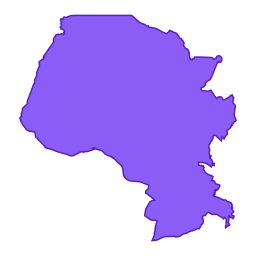 outline of North Tongu, Volta, Ghana
{"feature_id": "2480657B35012095074914", "entity_name": "North Tongu", "entity_type": "district", "adm_level": 2, "iso_a3": "GHA", "parent_name": "Ghana", "parent_adm1": "Volta", "projection": "robinson", "projection_center": [0.298, 6.144], "detail": "fine", "context": "isolated", "style": "filled", "palette": "violet", "viewbox_px": 256, "rotation_deg": 0, "n_neighbors": 0, "source": "geoboundaries", "source_scale": "gbopen_adm2", "svg_char_len": 5816}
<svg xmlns="http://www.w3.org/2000/svg" viewBox="0 0 256 256"><path d="M152.1,240.6L156.7,240.1L163.8,236.8L174.4,236.2L175.1,236.8L176.1,236.9L178.6,236.6L180.5,235.8L183.0,234.1L187.3,232.9L189.8,231.4L192.5,230.8L193.2,230.2L194.2,230.2L196.9,228.8L199.3,228.7L201.6,224.4L202.9,223.6L202.8,222.6L203.3,221.8L203.2,221.3L203.4,220.9L202.9,219.3L203.0,219.0L202.5,218.9L202.4,218.4L202.9,216.3L203.2,216.1L203.2,215.8L203.9,215.4L204.2,215.5L204.8,215.0L205.2,215.5L205.5,215.4L206.2,214.1L206.8,213.5L207.0,212.8L207.6,212.4L208.4,212.6L209.4,212.4L210.3,213.6L211.4,213.6L212.0,214.4L216.7,214.3L221.4,217.1L221.8,217.6L222.4,217.6L223.6,218.9L224.6,217.6L225.2,217.8L226.0,218.6L226.4,219.4L226.0,221.9L226.2,224.4L225.4,227.3L225.7,227.8L227.5,226.2L229.5,225.4L229.7,224.5L228.7,223.6L228.3,222.7L228.9,219.1L228.6,216.4L228.7,216.1L229.1,215.9L230.5,217.3L231.2,217.4L233.2,218.6L234.0,216.8L233.9,216.0L231.7,214.9L231.6,213.7L231.9,213.3L233.5,212.2L233.7,211.4L232.7,210.5L231.6,208.3L231.7,207.9L232.5,207.8L231.8,207.2L232.0,206.2L232.4,205.6L231.3,203.1L230.4,202.8L230.4,202.5L229.9,202.4L229.4,202.0L228.1,201.5L227.5,201.7L225.5,199.9L223.6,200.0L222.0,199.3L221.2,199.2L220.9,198.7L218.4,197.5L216.3,197.0L215.8,196.4L215.1,196.5L214.7,196.8L213.5,196.2L213.3,195.7L213.5,195.0L214.2,194.7L214.3,195.1L215.1,193.9L214.8,193.2L214.1,193.1L215.2,192.2L214.6,190.9L214.8,190.6L215.4,190.9L215.5,189.9L215.8,189.8L216.6,190.4L217.1,190.0L217.3,189.3L217.8,189.4L218.2,189.1L219.7,186.6L219.6,184.9L216.8,184.2L215.1,183.2L214.5,181.3L213.3,180.7L212.0,180.8L211.4,181.1L213.0,176.7L212.1,176.3L211.8,175.5L210.7,175.5L207.8,174.3L205.4,172.6L204.3,170.6L203.2,169.3L204.0,167.5L203.2,166.9L203.3,166.0L202.8,166.1L201.9,165.6L201.9,165.8L199.5,165.3L198.7,165.3L198.5,162.2L202.6,162.5L205.4,163.1L208.6,164.8L211.3,166.9L211.6,165.8L212.7,165.2L214.2,165.6L214.0,164.4L214.3,163.3L213.7,163.2L213.1,163.8L212.4,163.8L212.1,163.3L212.4,161.5L211.6,159.5L210.2,158.2L210.1,157.8L210.9,156.5L211.0,155.9L210.8,155.5L210.4,155.6L209.7,156.4L209.7,155.1L209.0,152.5L209.1,151.9L209.6,150.9L209.7,149.5L208.9,147.5L209.1,144.7L210.2,143.4L210.9,141.5L211.7,140.7L212.4,139.5L212.3,139.0L212.8,138.7L212.7,138.0L212.9,137.3L213.2,137.1L213.1,136.0L213.7,135.9L214.7,135.0L215.5,135.4L221.3,140.8L221.4,139.6L222.1,136.6L224.0,139.0L226.0,135.5L227.1,134.6L227.5,133.3L227.1,131.6L226.7,131.0L230.8,127.4L231.5,125.4L231.8,125.4L231.5,125.1L231.8,124.6L232.3,124.4L232.3,124.0L232.6,124.1L233.5,123.4L234.2,121.9L235.2,121.5L236.1,120.3L234.8,117.0L234.3,115.2L234.3,113.7L235.3,105.8L234.9,104.7L234.1,104.2L233.1,102.9L232.7,101.4L233.4,99.9L233.7,97.6L232.7,96.3L232.2,94.9L230.9,95.3L229.4,96.8L224.1,100.1L223.1,99.8L222.5,98.6L221.4,97.2L219.8,96.7L217.8,97.2L216.6,98.5L214.5,95.9L211.0,90.2L208.1,91.3L204.2,90.8L203.1,91.1L201.8,90.6L201.1,89.3L201.2,88.4L201.6,87.6L202.8,87.1L203.6,87.0L204.4,85.6L205.1,85.2L205.6,84.2L205.3,83.2L208.3,80.4L208.9,80.5L210.3,79.4L211.2,77.7L211.2,77.2L211.7,76.7L217.6,62.1L218.0,61.4L218.8,62.3L219.6,62.4L220.8,62.0L221.7,60.5L221.9,59.3L221.7,57.8L220.9,56.6L219.5,55.8L217.8,55.9L216.8,56.6L216.0,58.3L213.7,59.3L212.7,58.0L211.5,57.5L197.4,57.0L194.5,57.1L194.4,58.0L193.2,58.6L193.5,59.2L192.8,59.3L192.6,59.6L192.2,59.3L190.3,59.5L190.4,58.7L189.8,58.0L189.3,54.4L189.3,52.5L188.7,51.7L188.4,50.4L187.1,48.9L185.8,48.7L183.9,46.1L183.5,44.7L183.8,43.6L184.2,43.3L183.3,42.0L182.8,40.3L181.8,40.2L181.5,38.9L181.2,39.0L181.1,38.6L180.7,38.7L179.6,38.1L178.7,36.0L177.9,35.6L177.9,35.1L176.3,33.2L174.0,32.3L173.3,32.5L172.9,31.8L170.9,30.7L169.7,30.5L166.8,33.7L163.1,32.4L158.5,29.7L156.8,28.9L154.3,28.1L148.6,27.0L148.1,25.8L146.7,26.0L144.6,24.4L140.6,23.1L138.0,21.1L132.7,16.3L131.4,15.4L75.6,15.4L71.1,15.6L67.4,16.9L66.9,17.5L64.0,17.0L63.4,17.5L63.2,18.2L63.4,18.8L61.5,19.2L61.0,18.8L60.8,19.1L60.4,20.5L61.0,21.3L61.7,21.9L61.1,22.9L61.2,23.6L60.9,23.8L61.2,23.9L61.6,25.1L61.2,25.6L60.9,26.5L60.3,26.9L60.2,27.4L60.7,27.6L61.1,29.1L62.1,28.9L63.0,29.7L63.9,30.1L64.5,31.0L64.6,31.4L64.3,31.4L64.2,32.1L63.7,32.4L64.1,33.0L64.2,33.8L63.7,34.1L63.5,33.9L63.2,34.5L62.8,34.0L61.9,33.8L60.3,34.3L57.1,34.4L56.2,34.7L55.7,35.3L54.7,37.2L53.4,39.0L53.6,42.1L44.0,55.7L43.9,56.1L44.2,56.2L44.0,56.4L44.2,56.7L43.7,56.9L43.9,57.1L43.5,57.3L43.4,57.9L43.4,59.2L42.2,59.4L41.1,60.4L41.0,60.6L39.6,61.3L39.1,61.9L39.5,65.8L38.5,67.9L37.4,71.1L36.7,72.4L36.7,75.5L34.8,79.5L34.4,83.5L33.8,83.9L27.4,101.1L27.3,102.9L26.9,104.3L22.5,108.3L22.5,109.6L21.8,113.0L21.3,113.9L21.3,116.3L20.6,116.9L19.9,118.2L21.0,121.6L23.2,125.3L24.5,126.9L25.7,128.7L27.0,130.0L29.2,131.2L30.8,131.4L31.5,131.3L32.6,131.8L34.4,131.9L34.8,132.3L35.2,133.8L35.4,135.9L36.2,137.7L37.0,138.0L38.7,140.3L39.7,141.0L44.6,146.1L45.6,147.3L45.4,147.5L46.3,147.8L46.8,148.3L46.9,148.2L47.3,148.3L47.0,147.9L47.3,147.9L48.1,148.5L50.5,149.0L58.8,152.2L60.9,152.5L61.1,152.8L62.1,153.2L67.0,154.2L69.5,155.5L71.3,155.9L72.3,155.9L73.6,155.5L81.4,151.6L83.1,152.0L83.6,152.4L83.9,152.1L83.8,151.6L84.2,151.4L85.6,151.7L87.9,151.4L94.1,149.3L93.5,149.0L93.8,148.8L93.7,148.2L92.9,148.5L92.0,148.0L92.9,148.3L94.1,147.9L97.0,149.3L101.8,150.6L105.1,154.0L109.0,156.0L110.6,156.1L110.7,156.6L111.5,156.6L111.9,157.2L112.6,157.4L112.2,157.5L112.4,157.8L112.8,157.7L115.4,159.8L117.9,162.5L119.0,163.2L121.2,165.4L122.2,167.1L122.8,168.9L123.6,175.2L124.3,176.7L126.8,179.3L129.6,180.8L139.5,181.7L141.4,182.2L148.9,185.3L148.3,188.6L145.8,190.9L145.7,193.2L147.0,193.7L149.4,195.9L151.2,196.7L151.9,197.9L153.1,198.4L154.6,200.2L152.4,200.4L149.9,201.9L145.8,208.9L144.7,215.3L145.2,216.3L146.3,216.8L150.5,219.7L152.8,220.3L155.6,220.3L156.9,220.7L157.0,221.3L156.4,223.6L155.5,226.1L155.0,230.6L154.4,233.0L154.2,235.6L152.1,240.6Z" fill="#8b5cf6" stroke="#5b21b6" stroke-width="1.5"/></svg>